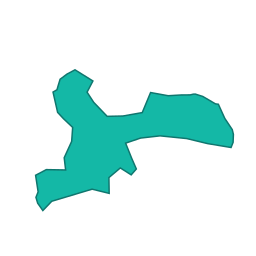 map outline of Kekavas (Albers equal-area conic projection), rotated 350°
{"feature_id": "LVA-5767", "entity_name": "Kekavas", "entity_type": "Municipality", "adm_level": 1, "iso_a3": "LVA", "parent_name": "Latvia", "parent_adm1": "", "projection": "albers", "projection_center": [24.247, 56.806], "detail": "fine", "context": "isolated", "style": "filled", "palette": "teal", "viewbox_px": 256, "rotation_deg": 350, "n_neighbors": 0, "source": "natural_earth", "source_scale": "10m", "svg_char_len": 760}
<svg xmlns="http://www.w3.org/2000/svg" viewBox="0 0 256 256"><g transform="rotate(350 128 128)"><path d="M85.9,61.5L101.6,75.6L93.9,85.6L98.7,96.8L109.5,112.9L125.0,115.3L144.7,115.3L156.4,97.0L173.2,103.2L186.1,104.7L195.0,106.2L198.1,106.0L200.2,106.3L207.1,109.9L218.3,119.4L221.1,120.3L225.0,135.4L230.4,147.7L230.7,152.6L229.0,160.4L226.1,165.1L203.7,157.2L184.0,148.6L158.2,141.3L138.6,140.1L123.0,142.5L126.4,158.6L129.1,169.8L123.0,174.7L113.5,166.0L100.6,173.5L98.1,189.1L82.0,182.0L40.2,186.9L29.8,194.5L26.0,186.4L25.3,180.3L28.4,175.3L28.8,158.5L40.3,154.8L59.3,158.5L60.0,146.2L70.2,131.4L73.6,117.8L66.2,107.8L61.4,100.4L60.4,79.6L64.7,78.0L66.4,74.5L69.6,68.2L77.3,64.3L85.9,61.5Z" fill="#14b8a6" stroke="#0f766e" stroke-width="1.5"/></g></svg>